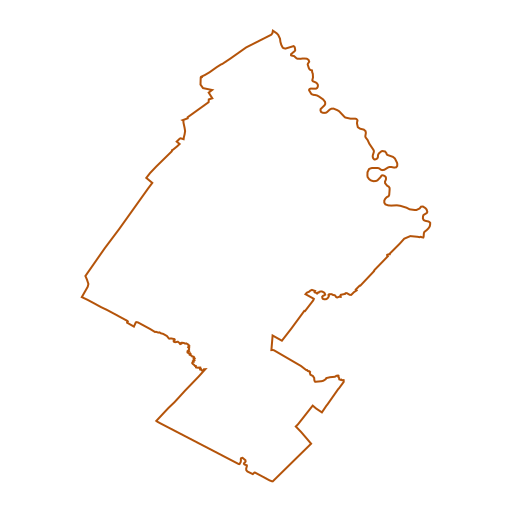 Corbii Mari, Dâmbovita, Romania (Robinson projection)
{"feature_id": "2599482B2224953601134", "entity_name": "Corbii Mari", "entity_type": "district", "adm_level": 2, "iso_a3": "ROU", "parent_name": "Romania", "parent_adm1": "Dâmbovita", "projection": "robinson", "projection_center": [25.473, 44.533], "detail": "fine", "context": "isolated", "style": "outline", "palette": "amber", "viewbox_px": 512, "rotation_deg": 0, "n_neighbors": 0, "source": "geoboundaries", "source_scale": "gbopen_adm2", "svg_char_len": 6035}
<svg xmlns="http://www.w3.org/2000/svg" viewBox="0 0 512 512"><path d="M272.8,481.3L311.1,443.7L301.2,432.1L295.8,426.5L298.0,424.3L312.7,405.6L316.1,408.5L321.9,412.4L326.4,405.7L327.4,404.5L338.2,389.1L339.0,388.3L343.7,381.9L343.7,380.8L343.6,380.1L342.0,380.2L341.3,379.6L340.8,379.9L339.3,379.4L339.1,378.0L338.3,376.9L338.6,376.1L338.5,375.7L338.1,375.5L336.3,375.8L335.5,376.5L334.5,376.8L330.1,377.2L326.3,378.1L325.7,379.2L323.4,380.7L321.6,381.2L315.2,381.8L314.6,381.0L314.3,379.9L314.2,378.0L312.9,376.0L310.4,374.7L309.8,372.7L310.1,372.0L309.8,371.6L309.0,371.1L308.3,371.2L307.5,370.8L307.2,370.1L306.0,369.9L301.0,366.0L274.0,350.3L272.8,350.0L271.4,350.1L272.6,335.5L281.9,340.7L291.3,328.6L304.3,310.9L305.0,311.1L313.3,300.3L313.4,299.8L313.9,298.9L313.7,298.7L305.5,294.2L306.8,292.7L309.3,291.6L310.2,290.7L311.9,289.9L314.9,290.9L314.5,291.4L314.5,292.1L314.8,292.4L315.8,292.6L316.9,293.5L317.3,293.5L317.8,292.6L318.7,292.6L319.3,291.8L321.1,291.4L322.3,291.6L324.3,292.7L325.0,294.0L325.2,294.7L323.9,295.5L323.2,295.7L322.2,296.7L322.4,298.1L322.7,298.6L323.1,299.0L324.7,299.3L326.4,299.1L327.7,298.1L328.7,296.6L328.9,295.8L328.5,295.3L328.5,294.8L329.2,294.2L331.7,294.2L333.1,295.0L334.6,295.2L335.2,295.6L336.1,297.0L337.1,297.5L339.4,296.7L340.7,296.9L340.7,296.4L340.3,295.7L340.8,294.8L345.1,293.9L345.4,293.3L346.0,293.1L346.9,293.2L349.7,294.8L351.2,294.9L353.9,292.2L356.6,290.4L355.8,289.5L359.7,285.6L360.3,285.7L373.8,271.4L373.7,271.3L374.6,269.9L387.8,256.3L387.2,255.7L387.2,254.8L388.3,254.4L389.8,254.3L389.9,253.9L389.7,253.7L399.7,243.7L404.2,238.7L410.3,236.1L417.7,236.8L419.6,237.2L420.7,236.8L422.0,237.3L423.3,237.5L423.6,236.7L423.9,233.1L424.4,231.9L426.7,230.1L428.4,228.4L429.7,226.5L430.1,224.7L430.2,222.9L429.6,222.2L428.5,221.5L425.2,220.8L423.7,220.1L422.9,218.5L423.0,216.3L423.5,215.0L426.8,213.0L427.3,211.9L426.6,209.5L425.4,208.1L422.9,206.5L421.0,206.7L419.6,208.5L416.4,210.0L414.8,210.0L409.6,209.3L406.5,207.7L400.3,205.8L396.8,205.3L391.3,205.6L388.3,205.4L385.4,204.4L384.3,202.7L384.3,200.6L385.2,198.8L386.7,197.2L388.5,196.3L389.2,194.9L389.6,189.8L389.6,188.0L388.7,186.6L387.2,185.8L385.1,183.2L385.0,181.6L385.9,179.6L386.0,178.0L385.7,177.0L384.5,175.9L382.8,175.3L381.9,175.4L381.3,175.9L380.5,177.2L377.4,180.4L375.9,181.0L373.6,181.2L371.7,180.7L370.5,180.2L369.0,179.0L367.6,177.0L367.4,175.4L367.5,172.2L369.0,169.1L370.5,168.4L372.0,168.0L377.8,168.0L379.2,168.4L381.1,169.8L382.3,170.1L384.3,169.8L388.0,167.5L389.4,167.0L391.3,167.0L394.2,167.6L396.2,167.3L397.2,166.0L397.3,164.0L397.0,162.7L394.9,158.5L393.0,156.9L387.3,154.9L386.8,154.4L386.4,153.2L385.1,151.5L382.2,151.0L381.0,151.6L378.8,153.5L378.0,155.1L377.9,157.1L377.4,158.2L376.6,158.9L375.4,159.4L374.4,159.5L373.9,159.1L373.2,158.3L372.7,156.8L372.8,155.3L373.8,152.1L373.9,151.0L373.4,149.8L369.3,143.7L367.6,140.0L365.6,137.4L365.3,136.2L365.8,133.4L365.8,132.4L365.5,131.1L363.8,129.6L360.1,128.7L358.1,127.4L357.8,127.1L357.0,123.5L357.1,121.9L357.5,120.7L357.3,120.0L356.4,119.0L355.4,118.7L350.6,118.7L345.2,117.5L344.2,116.6L339.2,111.3L337.4,110.2L333.5,108.6L331.4,108.7L329.7,109.6L327.0,112.1L326.0,112.7L324.6,112.9L322.9,112.8L321.2,112.1L320.5,110.6L320.6,109.1L324.6,105.2L325.2,104.0L325.2,103.0L325.0,101.8L323.1,99.4L319.1,96.6L317.1,95.5L315.1,95.0L313.6,94.9L311.9,94.3L311.3,93.9L309.1,90.3L309.2,89.5L309.7,89.0L310.7,88.6L315.9,88.7L317.1,88.0L317.7,86.9L317.9,85.9L317.8,84.7L317.0,83.4L315.7,82.4L313.0,81.3L312.4,80.6L312.3,80.2L313.0,77.4L312.8,73.8L312.2,72.3L312.0,70.4L310.4,70.0L309.4,69.1L308.8,68.0L307.7,64.5L307.9,63.7L309.2,61.7L308.6,60.0L307.2,58.9L306.1,58.6L302.7,58.5L300.7,58.8L297.3,58.7L296.4,58.2L294.1,56.1L291.3,55.5L291.0,55.2L291.1,54.1L294.8,51.0L295.2,50.2L294.9,48.0L294.5,46.9L293.6,46.1L285.4,48.6L283.4,48.1L282.7,47.6L281.3,44.9L280.4,41.8L280.0,38.7L278.2,34.9L276.7,33.3L272.9,30.7L272.4,33.2L271.3,34.7L246.2,47.4L230.2,58.7L222.2,64.0L221.1,64.4L216.8,67.1L209.5,72.3L204.9,75.0L201.3,76.7L201.7,77.3L200.7,77.8L200.5,84.6L203.0,88.1L212.1,90.0L208.7,92.6L212.3,98.3L208.8,99.4L208.6,102.2L187.7,117.2L187.7,118.3L182.6,120.2L183.4,120.7L183.5,122.8L184.6,127.9L185.1,131.1L184.6,134.3L183.8,137.5L183.6,139.2L180.6,138.3L179.7,138.7L176.7,141.6L179.6,144.0L177.2,146.3L173.0,149.7L172.0,150.2L171.8,151.3L156.3,166.5L150.1,173.0L146.3,177.9L152.3,182.9L148.3,188.2L119.2,229.0L104.7,248.3L85.4,276.0L87.0,279.7L88.4,284.0L87.7,286.8L81.8,297.1L87.5,299.8L101.0,307.1L107.5,310.2L127.5,321.0L127.8,321.4L127.1,322.2L127.1,322.7L133.9,326.6L135.8,322.4L136.3,322.1L137.9,322.4L150.3,329.1L155.0,332.0L156.0,331.8L158.3,332.6L159.6,332.4L160.6,333.2L163.2,333.9L166.9,336.0L168.9,338.5L169.7,338.7L170.9,338.4L174.4,339.1L174.7,339.5L174.7,340.0L173.6,341.0L173.8,341.6L174.3,342.0L175.5,342.2L177.8,341.7L179.6,343.1L179.9,343.8L180.2,344.1L181.5,343.6L181.7,343.4L181.5,342.8L181.8,342.7L183.9,343.0L185.1,343.6L186.3,343.4L188.3,344.6L188.8,345.2L188.5,345.9L189.2,346.2L188.3,347.4L189.2,347.9L188.9,349.2L189.1,349.8L188.3,350.5L188.8,351.1L187.5,351.4L187.5,352.5L188.8,353.3L190.1,353.2L190.5,353.8L189.6,354.4L189.6,354.7L191.7,355.8L192.2,356.5L193.6,356.7L194.2,357.4L193.8,358.1L194.6,358.7L194.4,358.9L193.8,359.0L194.1,359.7L193.6,359.8L193.5,360.1L194.1,360.6L193.1,361.1L193.5,361.8L192.7,362.0L192.3,362.6L192.2,363.1L192.7,363.8L194.3,365.1L195.0,366.0L195.8,366.0L196.0,367.4L197.5,367.7L198.5,367.6L199.3,368.0L199.7,367.5L200.0,367.5L199.8,368.4L199.9,368.7L200.6,368.7L200.4,369.4L201.1,369.4L201.3,370.0L202.0,370.5L203.6,370.2L203.6,369.6L203.8,369.3L205.3,369.2L198.7,376.5L185.0,390.7L174.4,402.3L168.4,408.0L156.3,420.9L157.2,421.6L160.1,423.2L238.6,464.0L239.5,464.1L240.7,462.0L240.9,460.6L240.8,459.0L241.1,458.2L242.5,457.8L245.4,460.2L245.6,461.4L245.4,461.9L244.2,463.0L243.9,463.8L244.5,464.5L246.8,465.3L246.9,466.0L246.2,468.5L246.2,469.4L246.3,470.2L247.4,471.5L252.8,474.1L254.5,472.5L254.9,472.5L269.6,480.4L272.0,481.3L272.8,481.3Z" fill="none" stroke="#b45309" stroke-width="2"/></svg>